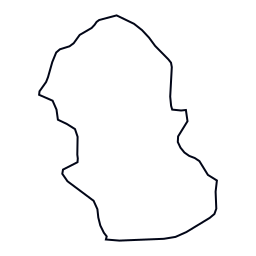 the State of Gombe
{"feature_id": "NGA-2859", "entity_name": "Gombe", "entity_type": "State", "adm_level": 1, "iso_a3": "NGA", "parent_name": "Nigeria", "parent_adm1": "", "projection": "orthographic", "projection_center": [11.213, 10.454], "detail": "fine", "context": "isolated", "style": "outline", "palette": "ink", "viewbox_px": 256, "rotation_deg": 0, "n_neighbors": 0, "source": "natural_earth", "source_scale": "10m", "svg_char_len": 855}
<svg xmlns="http://www.w3.org/2000/svg" viewBox="0 0 256 256"><path d="M105.9,239.5L106.7,236.4L103.9,232.8L100.3,225.5L98.3,217.5L97.4,209.2L93.6,200.8L67.5,181.3L62.3,173.8L63.0,169.6L77.5,162.2L77.8,158.5L77.3,154.7L77.6,136.8L75.0,129.1L66.9,124.0L57.9,119.7L56.5,109.6L52.6,100.7L39.1,94.8L39.5,91.3L46.1,82.0L48.0,77.2L52.3,62.0L56.2,52.5L59.9,49.3L69.5,46.3L73.7,43.2L79.7,34.9L91.6,28.0L94.6,24.8L96.6,21.9L99.2,20.0L116.6,15.4L134.0,23.8L142.0,30.1L149.0,37.6L155.1,45.9L168.3,59.3L171.0,62.7L171.8,67.1L170.2,96.6L171.1,105.8L172.2,109.6L181.1,110.5L185.9,110.0L187.5,121.2L178.1,136.4L177.8,142.0L180.5,147.7L184.4,152.5L189.2,155.9L194.7,158.0L199.4,161.1L207.9,174.9L216.9,180.5L215.6,191.7L216.3,208.7L214.4,214.0L209.7,217.9L186.3,232.1L175.5,236.9L163.9,238.8L119.4,240.6L105.9,239.5Z" fill="none" stroke="#020617" stroke-width="2"/></svg>